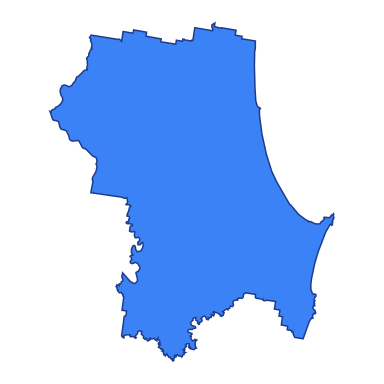 the district of Byron, New South Wales, Australia
{"feature_id": "25037944B26997804636733", "entity_name": "Byron", "entity_type": "district", "adm_level": 2, "iso_a3": "AUS", "parent_name": "Australia", "parent_adm1": "New South Wales", "projection": "natural_earth1", "projection_center": [153.501, -28.613], "detail": "fine", "context": "isolated", "style": "filled", "palette": "blue", "viewbox_px": 384, "rotation_deg": 0, "n_neighbors": 0, "source": "geoboundaries", "source_scale": "gbopen_adm2", "svg_char_len": 5994}
<svg xmlns="http://www.w3.org/2000/svg" viewBox="0 0 384 384"><path d="M303.1,338.8L309.1,322.0L310.9,318.8L311.7,318.6L311.9,317.9L312.9,318.1L312.5,315.8L313.5,313.7L314.2,313.2L314.9,313.9L315.7,312.9L315.0,310.5L313.5,309.2L312.9,307.9L313.2,306.3L313.9,305.8L314.3,306.2L314.1,305.7L314.6,305.9L314.8,305.3L313.9,303.3L314.6,303.0L314.1,301.9L314.9,300.6L314.2,300.5L314.0,299.8L315.1,296.7L315.8,296.5L315.9,294.6L314.2,293.9L313.3,294.3L312.4,293.6L310.9,289.4L310.8,284.8L311.5,278.8L314.6,263.9L318.3,251.4L325.7,232.1L330.1,224.5L330.6,224.1L331.8,225.3L332.5,224.6L332.2,222.2L332.6,222.4L332.6,220.2L333.2,219.8L332.9,219.3L333.8,218.2L333.9,217.3L333.1,216.1L333.8,214.4L333.5,213.8L333.1,214.6L331.4,215.1L330.2,217.0L329.0,217.7L324.5,217.2L323.9,217.8L324.4,218.3L323.4,220.2L320.8,222.2L320.1,223.6L318.9,224.0L315.0,223.8L310.5,221.5L308.9,221.9L308.9,221.4L305.5,219.6L298.8,214.6L290.6,204.9L289.9,204.8L277.2,182.8L271.8,171.6L266.3,154.0L261.9,133.8L259.5,115.3L259.4,108.7L260.3,108.7L260.0,107.9L257.9,106.9L257.1,105.7L255.8,100.9L255.0,88.6L254.4,65.7L254.7,51.1L255.3,48.8L255.4,41.0L241.8,38.8L242.0,36.3L235.3,35.2L236.0,30.2L221.6,27.8L221.5,28.3L214.4,26.6L214.9,23.0L212.0,24.8L211.8,26.9L212.9,29.2L212.5,30.7L194.8,27.7L192.9,40.2L191.9,40.1L191.8,41.0L184.1,39.8L184.2,39.3L182.8,39.1L182.5,41.3L176.4,40.2L175.8,44.1L160.7,41.8L161.2,38.9L146.0,36.2L146.6,32.2L133.6,29.9L133.1,33.2L123.1,31.5L121.6,41.4L119.5,39.2L117.9,39.4L91.1,35.1L89.5,37.7L90.9,39.0L90.5,40.6L92.1,44.4L91.4,47.5L92.1,48.8L90.8,49.3L88.8,53.9L88.7,56.0L86.7,57.9L86.6,59.0L87.5,60.7L87.2,62.2L87.6,64.5L86.7,68.2L87.4,69.3L87.1,70.1L85.5,70.0L84.0,70.6L79.0,75.8L76.5,77.3L75.2,81.1L73.4,82.9L71.6,85.7L68.5,86.8L66.8,85.6L64.2,85.0L62.2,85.6L60.4,89.2L60.1,91.2L60.9,95.0L62.4,97.5L62.8,100.0L62.5,100.8L60.7,103.9L58.2,106.2L55.7,107.3L54.6,109.2L52.4,109.6L51.4,110.7L51.0,112.4L50.1,111.7L52.6,119.3L53.4,120.1L57.6,121.1L58.6,121.8L59.9,127.2L61.0,129.1L66.2,130.6L68.6,135.3L69.3,138.5L70.3,140.2L72.2,141.1L78.7,140.5L82.5,147.7L86.1,149.3L92.6,156.0L96.2,157.6L97.1,161.4L96.0,164.2L96.9,165.6L97.0,166.5L96.0,171.5L92.5,177.7L92.3,179.9L93.0,181.4L90.8,192.7L121.9,197.2L124.6,198.4L127.0,197.8L127.6,202.3L127.2,203.5L126.1,204.1L126.0,204.6L129.1,204.9L130.5,205.5L131.0,206.2L129.5,207.3L128.8,210.6L127.0,214.7L127.1,216.2L128.5,216.1L129.6,217.4L129.5,218.4L128.6,219.4L128.7,221.9L126.7,221.7L126.1,222.8L127.2,223.7L130.3,223.8L132.3,224.4L132.3,225.7L130.7,226.0L130.1,226.7L129.5,231.1L131.6,232.0L134.6,231.5L134.8,232.1L134.3,235.2L135.0,237.5L135.8,237.9L138.3,237.3L139.7,238.7L139.7,240.4L137.7,242.4L138.0,244.7L140.1,244.8L141.8,242.7L142.6,242.5L143.0,243.0L143.2,244.9L142.7,247.5L141.1,250.5L140.1,251.2L137.2,251.7L135.9,249.9L135.1,246.1L134.1,245.4L132.9,245.9L131.5,248.9L131.4,252.5L133.0,255.1L131.1,255.3L130.1,256.4L131.2,257.4L131.8,259.2L130.3,261.3L130.3,262.8L132.1,263.7L135.6,262.4L137.8,263.6L139.8,267.1L139.8,268.7L138.2,271.4L136.2,272.2L135.9,272.9L137.3,278.2L137.5,280.8L135.3,283.4L133.8,283.4L130.1,281.3L122.6,272.8L121.8,276.7L122.9,279.7L122.8,281.0L121.4,281.7L121.0,283.7L119.1,283.9L119.0,285.8L116.9,284.8L116.1,286.6L117.1,287.4L117.1,289.4L118.0,289.8L117.6,290.8L119.4,292.8L121.4,292.5L121.9,293.7L122.9,294.2L122.8,295.8L123.8,296.8L122.0,310.3L126.6,311.0L126.0,315.3L124.2,316.5L121.6,335.9L122.7,337.4L123.9,337.8L124.1,335.5L126.8,334.8L130.2,334.9L130.5,335.2L130.0,335.9L130.5,336.8L133.5,336.5L134.7,337.8L135.8,338.2L136.2,337.7L135.5,337.1L135.7,335.5L137.2,334.0L138.0,331.7L139.7,330.8L141.9,331.6L141.2,333.9L143.7,336.5L143.4,338.0L145.2,339.4L146.0,338.4L146.8,338.5L147.1,340.3L147.8,341.0L150.3,339.6L150.3,339.0L149.5,338.4L149.9,338.0L151.9,338.9L154.3,338.4L155.0,339.7L157.0,340.9L157.0,339.4L157.9,338.0L157.9,339.4L159.2,340.1L159.9,341.7L159.9,343.4L159.0,342.5L158.4,343.2L158.4,344.2L160.2,345.0L158.9,346.0L158.5,347.4L160.2,348.1L160.9,349.2L162.7,349.2L162.7,350.1L163.2,350.5L162.0,351.1L163.5,351.8L163.3,353.2L163.8,353.7L163.8,354.8L164.5,354.7L165.2,355.7L165.4,354.6L166.4,354.8L166.9,354.0L167.5,355.6L168.2,355.9L168.9,357.3L169.9,357.0L171.0,358.9L172.2,358.8L172.5,360.7L173.0,361.0L173.8,360.2L172.9,359.9L172.8,358.7L173.6,358.8L175.4,356.8L174.5,356.1L174.7,355.3L175.5,355.4L175.7,356.5L176.3,356.6L176.8,355.0L177.5,354.6L179.0,356.1L180.9,356.2L181.6,357.0L182.5,356.2L182.7,354.9L184.0,354.6L184.4,353.2L185.5,352.5L183.6,352.2L184.4,350.8L183.1,349.8L184.8,349.6L184.5,348.2L186.3,346.6L185.5,345.3L186.4,345.1L186.4,344.1L186.9,343.6L189.4,343.9L188.5,346.8L189.9,348.6L190.6,348.7L190.4,347.5L191.7,349.1L193.4,349.6L194.5,349.3L195.4,348.1L196.4,348.1L195.3,346.0L195.1,343.4L195.6,341.1L196.8,340.1L194.9,339.3L194.1,340.4L192.4,340.9L190.7,338.0L191.2,336.7L190.1,336.2L192.0,334.2L192.0,333.5L188.4,332.2L187.8,331.1L188.0,330.3L189.4,329.3L192.1,329.5L193.0,328.7L195.6,328.1L195.6,327.0L195.0,326.5L192.1,325.6L190.8,323.9L190.8,322.2L192.9,320.4L193.4,318.2L195.8,317.5L195.9,320.3L197.5,321.0L197.5,323.1L198.9,324.5L199.6,323.9L199.6,322.2L201.1,321.9L202.1,320.9L201.8,319.1L200.8,318.6L203.0,316.6L204.3,316.2L205.6,316.5L206.3,319.0L207.0,319.6L207.9,318.2L208.8,317.9L208.8,318.8L209.8,317.4L211.0,317.5L211.5,316.0L211.4,314.3L213.5,315.9L214.5,313.8L214.2,313.0L213.1,312.2L213.5,311.6L218.2,313.2L219.1,314.3L220.2,314.4L220.3,316.0L221.3,315.8L222.4,316.7L221.7,315.7L223.2,315.3L224.1,312.6L222.6,311.8L226.5,308.9L227.9,309.8L228.0,308.9L229.8,308.3L229.7,307.4L230.4,306.1L232.5,306.6L233.5,305.2L232.8,302.3L234.3,300.2L237.6,300.2L237.4,298.8L238.3,298.1L238.6,298.5L240.2,298.0L241.9,298.4L243.1,297.3L243.7,294.1L245.9,292.9L255.5,294.4L255.3,297.1L255.8,298.1L263.3,299.4L263.1,300.3L263.8,300.6L265.2,300.8L266.6,300.2L275.6,301.5L274.4,309.1L279.9,310.1L279.0,316.1L282.5,316.7L281.3,325.0L287.7,326.2L287.2,329.8L291.9,330.6L291.7,331.9L293.3,332.2L293.1,333.9L294.8,337.4L303.1,338.8Z" fill="#3b82f6" stroke="#1e3a8a" stroke-width="1.5"/></svg>